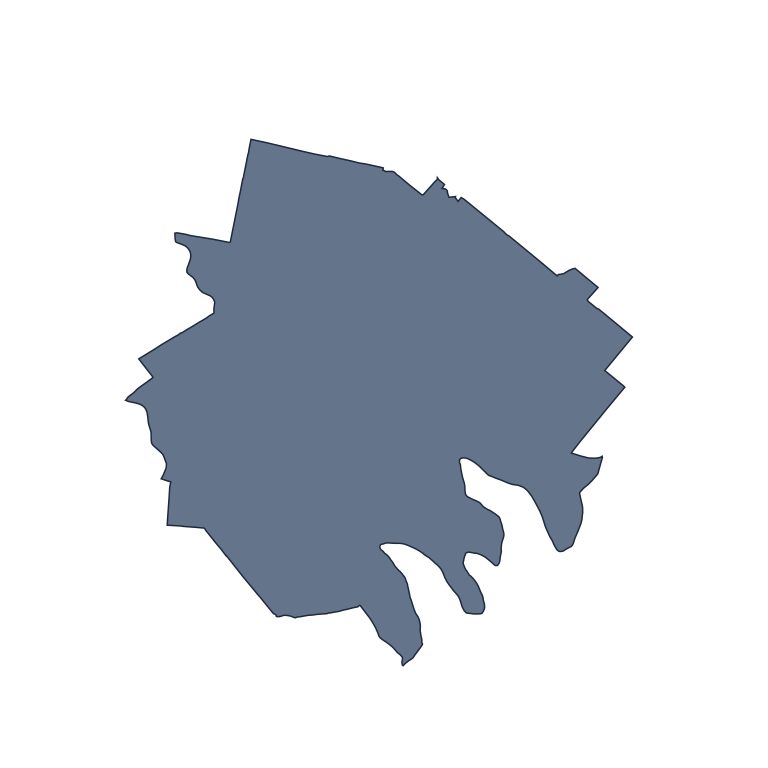 outline of Rasuceni, Giurgiu, Romania, rotated 162°
{"feature_id": "2599482B42533582324930", "entity_name": "Rasuceni", "entity_type": "district", "adm_level": 2, "iso_a3": "ROU", "parent_name": "Romania", "parent_adm1": "Giurgiu", "projection": "albers", "projection_center": [25.697, 44.069], "detail": "fine", "context": "isolated", "style": "filled", "palette": "slate", "viewbox_px": 768, "rotation_deg": 162, "n_neighbors": 0, "source": "geoboundaries", "source_scale": "gbopen_adm2", "svg_char_len": 6159}
<svg xmlns="http://www.w3.org/2000/svg" viewBox="0 0 768 768"><g transform="rotate(162 384 384)"><path d="M625.2,362.7L618.9,358.0L617.0,356.9L619.8,351.8L623.6,342.1L631.8,321.9L633.8,316.7L620.8,311.6L618.7,310.5L607.2,305.8L599.7,302.6L599.4,302.2L599.0,301.3L598.8,300.0L593.2,285.1L590.2,277.7L587.2,269.2L586.9,269.3L577.8,244.7L569.1,222.7L567.7,219.5L560.5,200.8L559.8,199.4L559.2,199.1L558.3,198.2L558.1,197.3L558.1,196.6L558.2,196.2L556.4,195.3L553.8,194.9L551.0,195.0L548.7,194.3L546.8,193.4L544.5,192.1L540.9,189.1L538.5,189.2L535.9,188.6L527.9,187.5L523.5,186.4L518.0,185.4L509.2,183.2L507.3,183.3L505.1,182.7L503.9,182.7L496.6,181.6L492.8,181.6L488.7,181.1L483.3,180.8L477.6,180.2L475.6,181.1L475.1,180.7L469.9,165.9L468.6,161.0L467.3,154.5L466.8,149.2L466.7,145.8L466.0,143.7L464.9,141.9L461.0,137.0L457.2,131.3L455.3,127.1L454.2,124.3L452.6,122.1L451.2,119.2L451.1,118.2L451.3,117.0L453.0,113.8L453.3,112.4L453.4,111.2L452.9,110.2L449.8,111.8L445.9,113.2L443.0,113.9L441.2,114.6L440.3,115.1L439.4,116.0L432.3,121.0L428.1,124.2L427.7,124.8L427.9,126.2L427.7,127.4L427.1,128.9L426.8,131.0L426.6,133.9L426.3,134.8L425.9,137.9L424.9,140.8L424.3,142.1L423.7,144.9L423.4,147.9L423.4,150.1L423.6,152.2L424.8,156.3L424.9,158.9L425.1,160.0L425.0,163.0L425.0,167.2L424.9,168.8L425.1,173.2L424.4,178.3L424.4,179.1L424.0,182.8L423.9,184.9L423.6,186.0L423.6,187.4L423.9,190.4L423.8,192.4L424.0,193.8L424.9,196.2L425.3,197.6L426.6,200.6L427.8,202.5L428.8,204.9L429.7,206.9L430.1,208.2L430.9,212.1L432.0,214.8L432.3,216.5L432.5,217.3L433.7,220.0L435.8,223.1L436.7,225.4L437.7,226.7L438.4,228.2L438.5,228.8L438.4,230.2L438.0,231.2L437.5,231.7L436.5,232.3L436.0,232.4L434.3,232.1L431.9,232.2L430.0,231.9L423.4,229.3L417.7,227.4L414.4,225.7L410.9,223.0L405.7,218.3L402.3,214.8L399.5,211.2L398.4,209.2L395.7,206.0L394.5,204.4L391.9,200.0L390.9,198.0L389.5,196.0L388.1,193.2L387.1,190.7L386.5,188.2L386.1,184.3L386.0,181.5L385.2,176.5L383.8,171.8L382.5,168.5L381.9,166.3L379.7,161.3L378.9,159.2L378.5,156.4L378.4,154.9L378.5,148.1L378.4,147.3L377.8,143.8L376.9,141.6L376.1,140.6L375.2,140.2L369.7,137.6L364.7,136.0L361.8,135.5L359.5,137.4L357.9,139.4L357.3,140.5L356.5,143.6L356.3,147.9L355.8,150.4L355.8,151.6L355.9,153.4L356.4,157.1L356.8,162.7L357.5,166.2L358.1,168.0L359.5,171.9L361.1,174.9L361.9,175.8L363.1,180.9L363.4,181.5L363.9,183.7L364.2,188.6L364.0,189.2L363.7,190.2L362.6,191.8L361.8,193.6L361.2,194.1L360.4,195.5L359.5,196.4L358.9,197.4L358.6,197.8L357.7,198.0L355.5,198.0L352.7,196.6L350.6,195.3L348.0,194.3L344.1,191.2L341.0,187.8L337.6,182.5L334.7,177.5L333.8,176.7L332.3,176.4L331.1,177.0L330.1,177.8L328.8,179.5L326.3,184.7L325.2,186.5L323.9,189.0L323.7,190.6L321.8,195.2L320.4,197.6L317.8,201.1L316.9,202.7L316.5,203.7L316.1,205.6L315.9,209.7L315.4,213.5L315.5,217.0L315.3,219.5L315.6,221.5L315.9,222.4L318.1,225.7L322.4,231.1L324.0,232.4L327.0,236.0L328.1,237.9L329.0,240.3L329.7,241.7L332.5,244.5L334.9,246.5L339.1,250.7L339.8,251.6L340.4,253.3L340.4,254.4L340.2,256.5L338.7,262.0L338.3,264.3L338.1,271.5L337.2,279.4L336.3,283.5L336.2,284.2L336.5,285.1L336.3,286.5L335.8,288.0L335.4,288.7L334.6,289.2L334.1,289.4L333.1,289.5L330.7,289.1L329.2,288.4L327.2,286.9L325.1,284.9L322.1,281.4L319.1,277.0L316.7,272.4L313.4,265.9L312.3,264.4L310.0,262.7L306.8,259.9L303.0,257.0L295.9,250.9L292.7,248.7L287.8,246.3L284.0,243.3L282.9,242.1L281.2,239.4L280.3,237.6L279.6,235.8L278.1,231.3L277.1,226.7L275.1,215.4L274.5,208.7L274.6,198.3L274.1,193.6L273.4,187.2L272.4,183.0L272.2,181.4L272.1,179.5L271.5,175.9L270.8,173.2L270.0,171.6L269.0,170.6L267.4,170.0L265.5,169.8L264.8,169.8L263.3,170.3L259.7,171.1L256.2,171.6L254.9,172.3L253.2,173.9L249.8,178.7L245.2,183.8L239.7,190.6L237.5,194.2L236.2,197.4L234.9,199.9L233.5,204.3L233.0,206.7L232.4,214.1L232.0,217.3L231.9,219.4L231.6,220.0L230.6,220.9L226.2,223.3L220.6,225.5L216.2,227.7L208.5,232.4L198.9,246.8L198.9,247.9L200.1,247.5L201.8,247.4L204.4,247.8L206.5,248.3L212.3,250.4L219.1,254.7L227.1,260.4L225.7,261.6L215.5,268.5L178.9,292.1L156.0,306.5L156.7,308.0L169.9,328.6L133.2,351.9L156.6,388.8L157.8,389.9L158.2,390.0L164.3,399.5L164.6,401.5L150.6,409.6L166.5,434.9L168.8,435.2L172.9,434.9L179.1,433.4L184.3,434.2L186.0,433.4L197.7,452.2L219.5,486.4L220.7,487.5L221.7,489.0L223.0,491.8L250.9,535.2L253.0,537.5L257.1,534.8L258.6,539.2L258.0,540.2L264.6,541.5L264.5,546.3L264.7,546.7L264.2,547.5L264.2,548.7L265.2,550.4L268.4,552.1L264.8,555.0L265.2,555.8L268.6,561.0L269.0,562.1L269.5,563.7L269.9,562.7L270.2,562.2L270.7,561.8L272.9,560.8L288.0,552.0L288.7,551.9L289.4,552.2L289.8,552.6L293.6,558.4L297.9,564.8L305.8,577.4L307.0,578.8L308.3,581.5L308.8,582.3L310.4,583.6L315.6,585.3L316.6,585.4L317.8,586.8L319.0,587.6L317.9,589.7L320.1,591.1L331.0,597.5L334.5,599.5L338.9,601.6L347.0,606.7L356.6,612.3L365.5,617.8L367.5,617.8L379.4,624.4L392.1,632.0L419.3,648.7L434.9,657.8L440.3,648.1L441.2,646.1L442.7,644.0L453.4,624.8L453.8,623.9L455.0,622.7L461.0,611.7L464.8,605.2L466.7,601.4L486.1,566.9L486.5,566.5L487.3,566.4L501.3,574.2L522.2,585.0L526.6,587.8L534.0,591.7L536.3,592.1L538.0,585.7L538.1,584.4L538.1,583.5L537.6,582.8L532.8,579.0L530.4,576.8L529.4,575.4L528.3,573.2L527.6,570.1L527.6,568.7L528.0,565.9L529.4,562.8L533.0,558.0L534.9,555.8L536.2,553.6L536.6,552.5L536.9,551.0L536.1,549.2L532.8,544.4L531.9,542.3L531.5,540.3L531.4,538.4L531.4,536.3L531.2,533.9L530.4,531.1L529.7,529.7L528.8,528.0L527.7,526.6L522.1,521.6L521.0,520.1L520.1,518.0L519.7,515.4L519.7,514.3L519.8,513.8L522.4,508.3L522.9,506.9L523.6,504.5L523.8,504.2L524.2,503.9L529.5,502.7L532.4,501.6L539.8,500.1L550.9,497.4L554.0,496.8L559.8,495.3L561.7,495.3L564.9,494.2L568.0,493.7L583.4,490.2L589.6,488.5L609.5,483.7L601.8,462.4L601.7,461.9L602.5,461.3L604.7,460.5L619.6,455.7L624.4,453.2L630.8,451.0L632.2,450.2L633.4,449.1L634.8,448.4L632.5,446.4L625.7,442.5L623.0,440.6L620.7,438.5L620.0,437.4L618.9,435.7L618.3,433.3L618.1,430.3L618.8,425.9L620.0,420.3L620.3,417.6L620.3,415.3L620.4,410.7L620.9,408.2L622.2,404.3L623.1,400.8L623.2,400.0L623.1,398.9L622.7,397.3L621.9,395.8L617.6,388.5L616.1,385.4L615.8,382.2L615.5,375.4L617.1,371.5L622.0,365.7L625.2,362.7Z" fill="#64748b" stroke="#1e293b" stroke-width="1.5"/></g></svg>